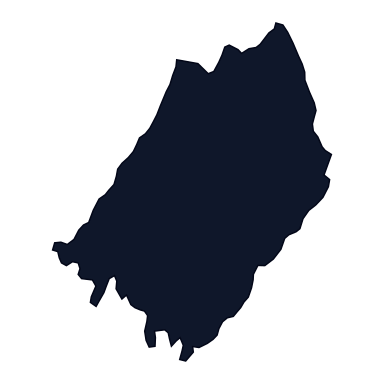 Sabáudia, Paraná, Brazil (Equal Earth projection)
{"feature_id": "56859067B64057014053019", "entity_name": "Sabáudia", "entity_type": "district", "adm_level": 2, "iso_a3": "BRA", "parent_name": "Brazil", "parent_adm1": "Paraná", "projection": "equal_earth", "projection_center": [-51.597, -23.348], "detail": "fine", "context": "isolated", "style": "filled", "palette": "ink", "viewbox_px": 384, "rotation_deg": 0, "n_neighbors": 0, "source": "geoboundaries", "source_scale": "gbopen_adm2", "svg_char_len": 1759}
<svg xmlns="http://www.w3.org/2000/svg" viewBox="0 0 384 384"><path d="M199.0,347.5L207.3,343.4L213.0,339.4L217.1,335.1L218.9,328.6L222.5,321.8L227.3,317.8L233.3,316.4L237.0,311.9L240.7,307.6L243.9,302.1L248.3,297.1L251.5,287.9L253.1,279.9L253.4,274.3L257.9,265.4L264.8,265.6L273.3,259.1L280.9,249.3L284.7,238.4L288.8,234.8L296.2,231.7L299.9,228.7L303.0,218.7L308.8,210.4L315.8,204.9L322.9,197.4L328.4,186.7L329.6,179.6L324.0,175.0L331.4,154.5L325.2,150.5L322.1,146.8L317.8,136.9L313.3,131.2L312.4,124.0L314.4,116.3L316.0,110.5L314.2,102.8L309.5,92.2L304.9,80.2L304.7,72.1L302.2,64.1L298.5,56.1L293.0,43.1L287.7,32.3L282.9,25.0L275.9,23.0L274.3,28.9L268.9,32.9L260.2,44.3L256.1,47.5L249.0,48.7L241.6,53.4L238.0,49.6L229.2,45.1L224.8,47.1L222.0,55.2L218.8,62.3L213.8,71.5L208.2,73.7L197.9,63.6L176.7,59.8L176.0,66.8L172.7,75.5L170.0,84.5L166.3,91.6L160.3,106.0L156.9,114.8L153.4,121.6L149.8,128.3L145.4,133.8L139.5,137.9L136.8,144.4L133.4,151.5L128.3,157.6L122.1,163.2L117.7,169.1L116.4,176.2L114.0,184.5L109.0,190.0L105.3,194.7L99.1,199.0L93.3,210.2L88.7,222.5L83.5,225.0L78.8,230.1L74.0,239.4L67.3,244.5L60.9,242.2L54.7,242.8L52.6,250.0L57.8,251.6L59.3,257.9L61.5,262.9L66.4,265.6L72.5,261.7L78.2,262.9L80.0,268.7L78.2,274.4L81.6,278.6L92.4,279.9L95.9,286.1L91.3,296.9L90.4,302.4L96.1,306.4L98.8,301.5L103.9,292.6L106.2,286.3L109.2,278.6L114.5,275.6L116.8,281.1L116.1,288.8L121.9,299.0L126.5,295.0L130.9,304.6L135.0,307.7L140.3,309.9L144.5,311.1L147.6,315.6L146.9,321.5L144.7,331.1L146.1,340.3L149.2,347.1L155.0,346.3L155.4,337.6L154.5,331.1L164.7,329.8L168.2,332.7L169.5,338.8L171.4,346.2L176.2,340.9L180.1,337.6L183.3,345.3L182.0,351.2L179.7,359.5L185.7,361.0L193.3,352.1L192.6,346.5L199.0,347.5Z" fill="#0f172a" stroke="#020617" stroke-width="1.5"/></svg>